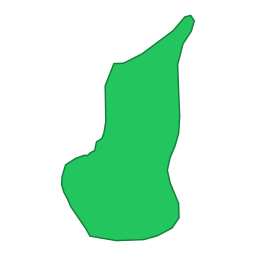 Brežice, orthographic projection
{"feature_id": "SVN-938", "entity_name": "Brežice", "entity_type": "Municipality", "adm_level": 1, "iso_a3": "SVN", "parent_name": "Slovenia", "parent_adm1": "", "projection": "orthographic", "projection_center": [15.611, 45.93], "detail": "fine", "context": "isolated", "style": "filled", "palette": "green", "viewbox_px": 256, "rotation_deg": 0, "n_neighbors": 0, "source": "natural_earth", "source_scale": "10m", "svg_char_len": 642}
<svg xmlns="http://www.w3.org/2000/svg" viewBox="0 0 256 256"><path d="M190.7,15.4L194.3,20.9L191.2,31.4L183.0,43.8L177.7,64.3L177.6,64.5L178.4,85.4L179.7,116.5L178.6,133.3L175.0,146.0L170.0,158.0L167.3,170.1L170.2,183.1L178.6,203.4L179.0,217.9L172.0,228.0L157.5,235.7L143.7,239.6L116.4,240.6L89.9,236.1L89.8,235.9L86.3,229.4L70.8,206.6L67.4,198.7L63.9,192.3L61.7,185.0L62.0,176.9L65.6,164.8L76.1,158.2L84.3,155.3L87.5,155.5L90.4,152.7L94.7,150.5L96.5,141.9L102.0,138.4L104.1,132.2L105.8,121.6L105.2,85.7L113.9,63.6L123.7,63.2L142.1,53.8L173.0,30.8L184.8,17.0L190.5,15.4L190.7,15.4Z" fill="#22c55e" stroke="#15803d" stroke-width="1.5"/></svg>